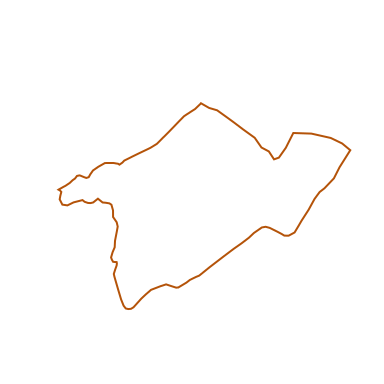 As Sunut, South Kordufan, Sudan (Equal Earth projection), rotated 219°
{"feature_id": "16777658B48194454682254", "entity_name": "As Sunut", "entity_type": "district", "adm_level": 2, "iso_a3": "SDN", "parent_name": "Sudan", "parent_adm1": "South Kordufan", "projection": "equal_earth", "projection_center": [29.06, 12.034], "detail": "fine", "context": "isolated", "style": "outline", "palette": "amber", "viewbox_px": 384, "rotation_deg": 219, "n_neighbors": 0, "source": "geoboundaries", "source_scale": "gbopen_adm2", "svg_char_len": 2024}
<svg xmlns="http://www.w3.org/2000/svg" viewBox="0 0 384 384"><g transform="rotate(219 192 192)"><path d="M165.9,62.8L164.9,65.6L164.3,77.1L164.0,79.4L163.4,83.7L162.4,89.3L162.3,90.1L157.0,99.3L156.3,100.3L154.0,103.9L149.0,105.8L144.1,107.7L142.9,108.9L142.6,109.1L139.3,118.1L138.3,122.4L135.4,128.6L133.8,131.5L133.4,133.3L131.0,144.6L129.8,149.6L128.1,156.7L126.9,161.7L123.9,173.8L121.2,183.3L119.0,192.3L118.1,199.1L115.4,208.4L112.9,211.3L109.1,213.0L100.5,214.9L95.9,215.8L92.8,216.2L89.4,218.9L86.8,225.1L87.9,232.9L88.8,238.7L90.2,251.6L92.4,263.7L92.8,272.3L91.4,278.2L90.3,291.9L92.9,304.0L95.3,324.1L105.9,324.2L118.2,321.3L136.0,312.5L150.4,301.6L146.9,285.4L146.1,273.4L148.8,269.0L157.8,271.9L166.0,270.3L177.4,273.6L191.8,272.8L203.9,272.4L213.7,271.9L223.9,271.3L231.6,268.1L240.9,266.6L240.9,266.3L240.9,266.1L240.9,265.8L240.9,265.7L241.3,262.6L241.6,260.2L241.7,259.5L241.8,258.5L243.6,253.1L244.1,251.4L244.8,249.4L245.9,245.8L246.5,239.5L247.8,224.4L248.5,217.6L248.7,216.3L249.2,211.0L249.6,207.3L252.1,200.2L253.3,197.6L257.5,188.8L260.3,182.8L261.0,181.3L261.2,180.8L261.6,179.9L262.7,177.5L264.4,173.8L264.6,171.0L265.6,167.6L267.3,167.4L269.5,166.1L269.8,166.0L271.6,164.9L277.9,159.7L280.7,152.6L282.5,146.4L282.2,142.3L282.2,141.8L282.1,141.3L282.0,140.8L281.6,138.5L283.0,136.4L285.3,135.6L289.0,134.5L289.5,134.3L290.0,134.0L291.5,132.1L291.4,128.8L292.2,126.0L292.7,122.1L294.3,117.0L295.1,115.2L296.3,112.1L296.9,110.7L297.2,109.8L295.5,110.1L293.6,109.8L292.0,106.3L290.2,103.0L284.8,100.6L280.4,103.2L277.5,109.4L274.0,114.1L272.0,116.8L269.3,116.8L266.0,118.0L263.9,119.5L262.2,121.7L261.6,124.5L260.9,127.6L254.9,127.6L252.2,129.4L249.0,131.2L246.6,131.4L241.8,128.0L237.6,122.9L231.5,121.1L228.0,118.4L225.9,114.6L221.1,105.6L217.3,100.4L215.8,95.2L213.7,90.2L211.7,89.0L209.4,88.1L208.1,88.9L206.5,90.1L205.4,89.2L204.3,87.4L202.9,83.4L201.2,79.1L198.9,77.3L187.7,69.5L179.5,63.9L173.6,60.6L170.2,59.8L167.9,60.9L165.9,62.8Z" fill="none" stroke="#b45309" stroke-width="2"/></g></svg>